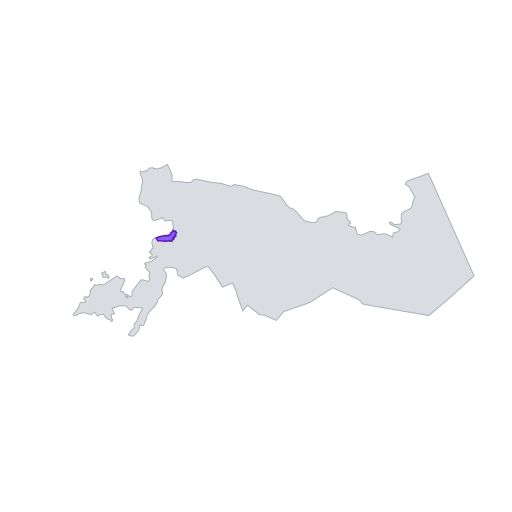 Bakhmal, Jizzakh, Uzbekistan shown in context, rotated 156°
{"feature_id": "79887680B12051780015721", "entity_name": "Bakhmal", "entity_type": "district", "adm_level": 2, "iso_a3": "UZB", "parent_name": "Uzbekistan", "parent_adm1": "Jizzakh", "projection": "mercator", "projection_center": [67.761, 39.7], "detail": "fine", "context": "in_parent", "style": "filled", "palette": "violet", "viewbox_px": 512, "rotation_deg": 156, "n_neighbors": 0, "source": "geoboundaries", "source_scale": "gbopen_adm2", "svg_char_len": 5229}
<svg xmlns="http://www.w3.org/2000/svg" viewBox="0 0 512 512"><g transform="rotate(156 256 256)"><path d="M393.2,236.0L400.3,232.5L404.2,234.9L404.6,236.2L400.2,238.7L396.3,240.1L395.1,243.4L391.3,244.8L387.4,249.3L381.3,253.9L381.2,254.8L381.7,255.5L383.7,256.1L387.7,258.6L391.6,257.2L392.6,257.5L393.6,258.9L394.7,263.0L396.4,264.1L402.0,266.3L406.2,266.3L408.3,267.1L408.6,266.8L408.9,260.7L410.6,261.7L412.5,260.9L413.3,257.9L412.9,255.9L414.3,254.8L415.0,255.5L415.1,257.3L417.2,258.6L418.6,261.6L419.1,265.0L422.9,265.9L424.3,265.3L425.4,265.7L425.9,270.0L426.5,270.4L429.9,269.5L433.0,271.3L436.4,274.6L440.3,274.9L441.1,275.4L443.8,274.9L447.0,275.8L447.1,276.4L446.6,277.1L439.0,281.1L436.9,283.9L435.2,284.7L430.7,283.2L430.0,284.9L430.8,286.6L429.7,288.4L427.4,287.7L427.0,286.8L424.7,287.3L422.1,290.1L420.8,292.5L418.3,293.3L414.9,295.6L413.5,293.8L411.1,294.0L407.9,292.1L406.3,291.7L391.8,294.2L390.7,293.8L389.1,290.6L385.5,288.9L385.6,287.3L393.1,280.5L394.0,278.5L391.5,277.3L391.9,275.5L387.1,270.1L386.2,269.8L385.5,270.0L383.7,274.0L370.8,280.9L369.0,280.2L366.1,277.6L364.2,276.8L361.9,278.9L362.0,281.5L359.6,283.5L361.7,290.5L361.5,291.4L359.9,291.7L361.1,294.3L360.0,294.6L353.9,293.6L346.7,295.2L346.9,296.3L353.3,296.1L354.2,296.6L354.3,297.5L354.0,298.0L350.6,298.6L350.3,299.7L352.0,302.8L351.2,303.4L350.0,302.9L349.1,304.8L346.9,304.8L345.7,310.7L344.0,312.7L341.6,313.7L326.4,311.1L322.5,312.9L319.9,315.6L318.2,322.0L318.4,322.7L324.9,325.2L325.9,329.1L333.7,329.4L335.0,330.0L335.6,331.0L336.0,332.1L333.8,338.4L334.6,344.0L335.9,346.5L340.5,351.4L340.3,354.1L339.2,356.5L338.0,358.5L336.6,359.4L334.6,362.0L332.9,365.3L329.7,369.5L328.6,371.8L328.2,378.6L327.3,380.7L327.2,379.9L326.0,379.1L322.6,378.9L321.9,378.0L317.5,379.6L314.8,378.9L312.0,376.1L306.6,375.1L299.8,375.7L299.5,368.7L299.9,363.4L302.2,359.3L302.1,358.5L300.9,357.1L296.8,356.0L292.0,352.7L287.5,350.5L285.0,349.8L282.1,351.0L279.5,350.6L267.6,342.1L257.5,335.9L250.5,329.6L247.2,330.3L238.3,324.3L232.6,318.1L213.6,304.2L209.8,300.8L208.9,299.0L207.4,290.4L205.7,286.4L203.3,284.3L201.2,280.1L198.0,269.9L196.9,268.0L191.2,263.7L187.9,262.6L185.4,263.3L184.1,265.0L182.2,265.2L173.8,263.4L164.7,264.2L156.5,259.0L156.0,258.1L156.1,256.7L157.6,253.2L157.3,251.7L156.2,250.0L156.2,248.2L156.9,247.3L158.5,247.6L159.0,246.9L158.8,246.0L156.9,243.8L153.2,241.8L154.0,240.5L154.1,237.1L154.7,235.3L154.2,234.7L151.4,232.2L142.3,232.1L140.1,231.3L138.4,230.3L136.7,226.6L135.8,225.7L129.5,224.2L123.1,217.6L121.8,220.5L120.6,221.1L115.8,220.3L113.4,222.1L119.3,228.8L120.6,230.8L120.6,232.1L118.8,232.3L117.3,229.1L116.3,228.2L110.6,226.4L108.8,228.4L108.3,231.0L105.8,235.4L103.0,236.1L96.2,236.4L94.2,237.3L92.8,238.5L90.2,242.3L86.9,245.3L88.1,257.4L90.4,260.4L88.1,263.0L64.9,261.3L64.9,149.1L98.3,138.3L122.4,131.3L177.0,167.9L178.3,169.3L179.0,172.4L180.4,174.9L198.9,195.8L226.0,191.6L253.5,194.0L263.8,189.0L271.9,198.1L276.9,201.4L283.8,214.6L290.4,211.1L289.3,226.8L288.5,231.6L288.4,240.9L299.3,241.2L301.6,256.1L304.0,265.5L306.3,266.6L326.8,265.3L328.4,265.9L331.3,265.0L333.1,267.9L335.2,269.9L333.8,276.4L336.3,279.0L341.9,282.0L345.4,281.9L346.1,280.8L345.9,279.3L345.1,277.7L345.1,275.8L345.7,274.4L349.1,269.6L354.7,264.7L355.9,263.0L356.4,259.9L358.4,258.2L363.2,256.3L363.9,254.7L369.7,250.9L376.3,248.4L379.4,246.4L382.3,242.7L386.5,238.7L388.1,238.6L389.3,239.9L390.2,240.0L393.2,236.0ZM391.8,272.7L391.0,270.7L390.0,270.1L389.5,270.3L391.1,272.7L391.8,272.7ZM404.1,303.2L399.8,303.1L400.5,300.3L398.9,298.9L398.6,297.5L399.0,296.2L400.0,295.7L401.3,297.8L404.6,298.7L403.5,300.7L404.3,302.8L404.1,303.2ZM417.1,300.2L416.3,302.8L414.4,301.6L414.7,301.0L417.1,300.2Z" fill="#d9dde1" stroke="#a8b0b8" stroke-width="1"/><path d="M322.1,306.5L322.3,306.7L322.6,306.6L322.6,306.8L322.7,307.1L322.4,307.3L322.0,307.0L321.3,307.0L321.0,307.2L320.9,307.9L320.6,308.3L320.3,308.8L319.8,309.2L319.7,309.4L319.2,309.5L319.5,310.0L319.6,310.4L319.3,310.8L319.4,311.0L319.3,311.3L319.5,311.6L320.3,311.6L320.4,312.1L320.7,312.2L320.8,311.8L321.3,312.0L321.2,312.7L321.1,313.1L321.6,313.5L321.5,313.3L321.5,312.8L321.5,312.5L321.9,312.4L322.2,312.2L323.4,311.8L324.1,311.7L324.4,311.7L324.9,310.9L325.2,310.7L325.4,310.6L325.7,310.5L326.0,310.2L326.3,310.0L326.8,310.3L327.2,310.4L327.4,310.4L327.8,310.3L328.2,310.1L328.4,310.2L328.8,310.6L329.3,310.9L329.6,310.9L330.0,310.9L330.2,311.2L330.5,311.4L331.4,311.8L331.8,311.7L332.5,311.8L332.9,311.9L333.2,312.2L333.5,312.4L334.3,312.4L334.6,312.5L335.1,312.7L335.8,312.7L336.1,312.8L336.5,312.7L336.8,312.8L337.0,313.0L337.4,313.1L337.8,313.0L338.4,312.9L339.3,313.0L339.8,313.1L339.9,312.6L339.9,311.9L339.6,311.2L339.6,309.9L337.0,308.6L335.6,308.1L334.7,307.2L334.1,306.9L333.7,306.9L333.1,306.6L332.9,306.4L332.4,306.5L332.3,306.3L331.9,305.9L331.5,305.9L330.9,305.8L330.0,305.4L329.6,305.5L329.1,305.3L328.8,305.0L328.8,304.6L328.5,304.5L327.9,304.6L327.6,304.2L327.1,304.3L326.9,304.0L326.8,304.4L326.4,304.7L326.0,304.5L325.6,304.6L325.1,304.8L324.4,304.9L324.3,305.2L324.5,305.5L324.3,305.9L324.3,306.1L324.6,306.4L324.3,306.6L324.0,306.7L323.7,306.6L323.4,306.7L323.3,306.1L323.1,306.4L322.1,306.5Z" fill="#8b5cf6" stroke="#5b21b6" stroke-width="1.5"/></g></svg>